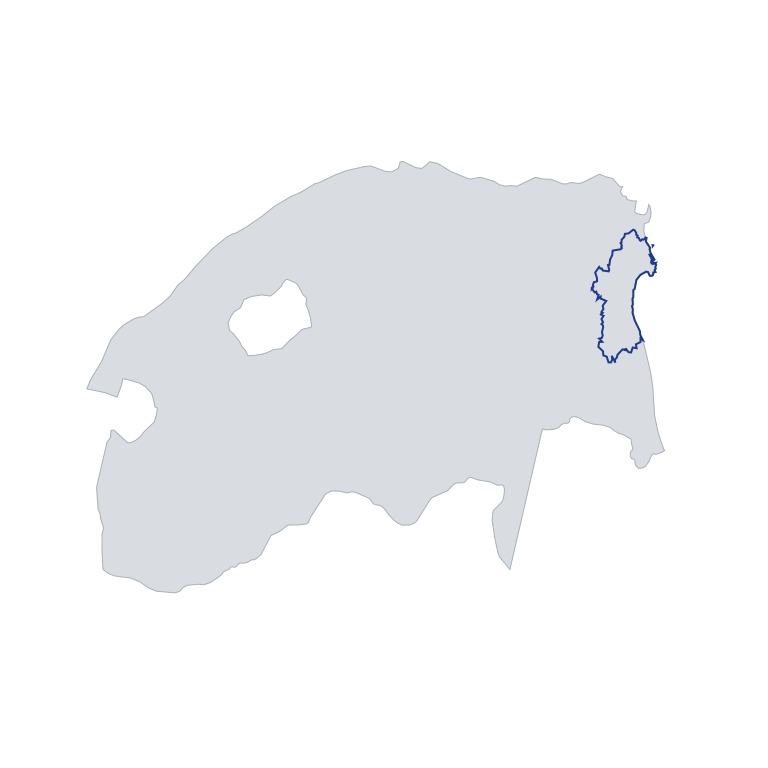 location of West Coast, Western Cape, South Africa, rotated 193°
{"feature_id": "47623444B37444115609272", "entity_name": "West Coast", "entity_type": "district", "adm_level": 2, "iso_a3": "ZAF", "parent_name": "South Africa", "parent_adm1": "Western Cape", "projection": "mercator", "projection_center": [18.155, -32.059], "detail": "medium", "context": "in_parent", "style": "outline", "palette": "blue", "viewbox_px": 768, "rotation_deg": 193, "n_neighbors": 0, "source": "geoboundaries", "source_scale": "gbopen_adm2", "svg_char_len": 5603}
<svg xmlns="http://www.w3.org/2000/svg" viewBox="0 0 768 768"><g transform="rotate(193 384 384)"><path d="M540.6,133.5L559.3,130.9L567.7,132.4L577.8,136.4L587.3,137.9L603.3,136.4L608.8,137.1L613.1,138.5L616.3,140.6L620.9,156.7L624.9,174.1L624.8,179.6L625.4,181.8L629.9,189.2L631.6,193.8L634.3,197.5L640.1,216.1L640.8,219.4L640.8,264.7L638.5,270.3L639.5,277.4L636.8,278.4L620.8,269.2L618.0,269.6L613.5,273.0L609.3,278.3L607.4,282.9L599.3,295.3L598.8,303.1L599.4,309.8L602.1,310.1L604.0,315.0L608.4,322.7L615.8,327.7L622.7,329.9L632.3,330.5L639.8,330.4L639.4,325.1L641.1,311.1L653.7,312.8L672.4,312.4L671.1,321.4L664.3,342.3L660.1,365.8L654.5,377.7L651.3,382.6L642.3,391.3L637.5,394.2L633.5,395.3L618.0,413.0L612.2,421.5L607.0,434.1L601.9,441.0L594.4,455.7L581.3,477.6L570.1,492.0L565.2,496.2L561.8,498.1L553.0,506.5L540.5,520.1L531.0,532.2L516.7,545.9L508.5,551.9L496.1,563.8L492.6,565.6L478.6,576.7L468.6,583.4L452.3,591.3L445.8,593.5L430.4,591.4L424.0,592.5L418.6,597.3L418.1,604.1L415.8,605.1L401.6,602.0L395.8,602.5L392.4,606.2L389.6,610.8L381.5,611.0L367.0,606.2L350.0,603.3L346.1,603.0L337.8,606.6L334.9,607.1L322.9,606.3L316.2,604.1L309.9,604.1L305.0,605.9L299.0,606.6L283.0,619.4L274.8,619.5L267.6,621.0L255.0,619.2L251.2,620.0L247.4,622.3L238.8,623.3L235.5,625.2L221.0,637.1L215.0,635.8L207.4,635.7L198.9,629.4L195.6,629.8L196.5,627.9L196.8,624.5L193.8,621.1L190.4,621.3L188.6,618.5L183.5,618.2L179.3,619.1L178.5,608.2L176.5,607.1L171.3,606.9L168.8,607.3L167.6,608.3L166.3,610.8L166.3,618.4L164.5,616.2L162.4,611.6L161.8,606.8L162.5,601.1L166.4,598.9L165.3,591.7L159.2,579.2L155.6,576.6L152.7,570.2L149.8,567.9L148.6,563.5L145.8,560.0L144.9,554.4L146.4,551.1L148.9,549.4L151.4,552.2L154.5,551.1L158.9,547.0L161.5,540.9L161.7,531.1L161.0,525.0L157.5,509.3L155.8,505.7L147.9,494.5L138.8,479.6L127.2,456.1L121.6,442.1L113.2,414.0L105.9,398.1L96.8,383.4L95.6,382.5L97.0,380.7L101.9,377.3L104.1,376.4L105.3,376.8L106.4,375.9L107.5,373.6L108.3,368.4L110.6,362.9L112.7,360.6L117.0,359.1L120.2,361.1L121.6,363.1L122.2,365.8L123.6,367.0L125.9,366.9L127.6,368.6L128.5,371.9L128.3,374.3L127.0,375.8L127.2,377.8L128.9,380.3L130.7,385.7L139.5,388.5L144.5,388.8L149.2,390.2L153.7,392.6L161.0,393.2L171.1,392.0L179.5,392.5L186.1,394.9L190.8,395.3L193.8,393.8L195.1,391.7L194.7,388.9L196.1,387.1L199.5,386.3L202.1,384.2L204.1,380.7L208.7,377.9L216.0,375.7L219.6,375.8L219.6,231.6L232.4,241.4L235.4,245.9L241.6,259.3L248.1,275.8L249.1,283.8L248.9,285.5L242.2,296.4L242.0,301.8L242.8,308.1L244.3,311.3L246.2,312.3L250.8,310.8L257.8,312.5L271.3,311.7L278.0,312.6L279.7,312.0L281.2,310.7L283.0,306.9L284.6,305.6L290.8,304.0L293.6,301.8L298.1,294.3L311.4,284.3L312.9,281.9L321.3,258.0L323.8,254.6L327.5,252.3L334.8,250.5L339.2,251.5L343.8,253.6L349.0,257.0L356.9,263.5L359.5,264.5L367.4,264.8L372.2,269.1L386.9,272.0L391.1,271.8L395.7,269.5L403.2,269.6L411.3,267.9L416.2,263.7L425.6,237.7L426.6,232.0L427.7,230.4L435.4,227.5L444.7,225.3L446.6,224.1L452.5,216.9L460.1,210.9L465.4,190.3L468.9,185.5L471.0,183.4L472.4,183.4L474.3,182.1L476.9,179.6L479.9,178.0L483.4,177.4L485.6,175.8L486.7,173.0L488.5,171.7L491.0,171.8L492.5,170.9L492.8,169.1L498.5,164.7L498.7,162.9L501.9,158.6L508.3,151.7L514.3,147.9L520.0,147.1L530.4,143.6L534.1,140.4L536.5,136.0L540.6,133.5ZM523.2,443.3L532.6,439.6L539.5,434.8L541.0,426.0L546.3,420.6L548.3,415.5L549.7,408.6L546.6,401.4L542.3,399.3L534.4,393.0L531.0,388.8L526.3,385.3L522.9,381.0L517.5,382.4L509.1,385.8L503.9,389.0L499.5,392.7L491.7,395.4L484.4,407.3L481.9,409.9L476.2,418.7L467.9,422.9L467.7,424.5L470.4,431.6L474.3,438.7L478.3,444.5L478.1,448.1L479.5,450.9L483.1,452.9L489.3,460.1L492.3,462.5L501.6,464.2L502.9,463.7L505.5,459.4L505.8,456.4L512.0,446.9L514.7,444.1L523.2,443.3Z" fill="#d9dde1" stroke="#a8b0b8" stroke-width="1"/><path d="M200.7,546.5L203.3,540.1L200.3,535.1L199.5,532.0L202.4,530.4L202.8,527.4L201.8,526.0L203.2,524.7L203.0,523.5L202.3,525.0L202.2,523.1L200.1,521.3L199.1,520.6L197.9,521.7L196.5,519.3L194.9,519.1L195.3,514.3L192.6,517.8L192.2,516.0L186.1,514.9L188.5,509.6L187.1,506.3L188.3,503.4L188.2,502.3L187.0,502.3L188.2,500.4L185.4,499.8L186.7,496.2L184.5,493.4L185.6,491.3L184.0,490.5L183.2,488.5L183.3,483.4L181.8,480.5L182.1,477.9L184.6,476.6L180.8,474.2L183.8,473.3L183.5,468.4L178.0,465.2L176.7,461.2L173.1,460.7L170.1,455.6L167.7,456.1L167.1,459.3L168.4,462.7L163.4,456.8L164.6,459.5L163.1,462.1L163.1,464.9L159.4,471.4L156.9,471.3L157.3,471.9L156.0,472.6L152.9,470.0L150.3,470.3L149.9,475.5L145.9,475.7L147.5,479.3L143.5,482.6L144.3,486.0L142.2,485.2L141.6,485.0L145.3,489.4L146.6,493.2L153.8,502.1L157.9,509.4L158.2,512.4L159.9,515.7L159.4,517.5L161.1,522.9L160.6,524.7L162.2,531.6L161.1,533.1L161.5,542.2L158.7,548.1L154.0,552.4L152.0,552.5L149.4,549.2L147.3,549.6L146.4,550.8L146.7,553.2L144.6,554.2L146.0,555.8L145.1,557.6L146.0,558.6L145.6,561.3L146.7,562.2L146.3,563.3L148.2,562.6L149.1,563.4L148.2,561.9L149.0,561.4L150.0,561.6L149.5,562.9L150.0,561.9L151.1,562.6L151.2,566.0L154.4,569.7L153.4,570.1L151.0,567.6L150.6,565.6L149.4,565.5L150.2,565.2L149.9,564.5L148.4,566.0L153.8,571.7L155.6,575.1L155.2,576.4L160.9,581.8L161.0,585.4L162.1,585.6L163.5,583.0L165.0,583.0L166.1,581.3L167.1,581.6L168.5,583.6L170.3,583.9L170.2,585.6L171.8,586.1L172.1,587.8L174.4,590.2L175.9,590.4L179.5,585.8L183.0,584.5L183.0,581.3L184.9,578.1L184.4,574.9L185.1,574.5L183.3,572.2L183.7,570.9L182.8,570.0L183.6,568.6L191.2,565.4L190.6,560.9L191.7,556.1L191.2,550.6L192.5,550.3L190.2,545.8L190.4,544.3L196.4,543.8L197.7,545.5L199.1,545.1L200.7,546.5ZM153.2,578.9L152.9,579.7L153.5,579.7L153.2,578.9Z" fill="none" stroke="#1e3a8a" stroke-width="2"/></g></svg>